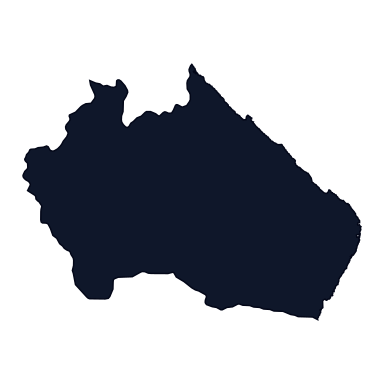 the district of Salvaleón de Higüey, La Altagracia, Dominican Republic
{"feature_id": "3306468B87904766376188", "entity_name": "Salvaleón de Higüey", "entity_type": "district", "adm_level": 2, "iso_a3": "DOM", "parent_name": "Dominican Republic", "parent_adm1": "La Altagracia", "projection": "natural_earth1", "projection_center": [-68.511, 18.662], "detail": "fine", "context": "isolated", "style": "filled", "palette": "ink", "viewbox_px": 384, "rotation_deg": 0, "n_neighbors": 0, "source": "geoboundaries", "source_scale": "gbopen_adm2", "svg_char_len": 5956}
<svg xmlns="http://www.w3.org/2000/svg" viewBox="0 0 384 384"><path d="M27.6,190.6L35.2,195.5L35.8,196.9L36.0,199.0L37.6,200.8L39.0,201.7L41.6,205.6L41.8,206.7L41.1,209.3L40.9,211.6L40.8,219.9L41.2,222.0L42.4,222.9L46.4,223.1L48.1,224.0L50.5,228.6L52.9,235.4L56.8,238.3L59.7,243.7L62.6,246.0L64.3,248.3L67.0,250.1L69.3,251.0L70.2,252.0L71.1,254.6L73.2,257.9L73.7,260.1L73.6,265.5L72.4,270.5L73.4,273.5L75.5,284.6L86.7,296.9L88.2,298.2L89.6,298.7L105.1,298.9L108.3,298.3L109.8,296.5L112.9,289.1L113.1,281.7L113.4,279.6L114.5,278.7L118.2,277.2L132.3,276.7L140.8,272.0L142.4,271.5L145.0,271.7L148.2,273.1L151.2,273.4L168.0,273.5L172.9,272.2L174.0,272.9L176.3,277.0L184.0,281.6L191.8,287.8L195.4,289.9L198.7,290.9L205.6,294.7L206.2,295.7L206.5,296.9L205.4,300.1L205.2,302.2L205.6,303.4L206.6,304.6L212.3,306.7L216.5,307.4L220.9,309.8L222.2,309.8L227.0,307.4L232.5,306.8L237.7,304.1L239.2,303.9L242.7,305.2L249.7,305.5L253.7,307.0L259.6,307.4L263.6,309.0L269.9,309.4L273.9,311.0L283.0,311.3L290.7,314.5L294.9,315.2L298.1,316.6L312.6,317.0L317.7,319.6L317.5,318.4L318.5,316.9L318.6,315.8L319.7,314.9L319.8,313.5L320.6,312.7L320.6,310.8L320.9,310.2L320.1,310.0L320.3,309.7L321.2,309.5L321.4,308.8L322.8,307.7L322.6,301.0L323.4,299.9L324.4,299.3L325.4,299.3L326.1,300.2L326.7,300.2L328.3,299.0L329.4,299.0L330.4,297.7L330.4,297.0L331.2,295.5L332.4,295.7L332.7,295.3L332.3,294.1L332.9,293.0L332.7,292.1L333.0,291.4L334.1,291.5L334.1,289.2L335.0,288.6L335.6,286.3L337.0,284.8L337.9,284.5L338.1,282.8L338.7,281.4L338.9,278.7L339.3,278.5L339.5,277.8L341.2,275.8L341.8,274.3L343.8,272.0L343.9,270.7L345.6,268.7L346.5,268.5L346.8,266.2L348.4,262.9L349.0,262.5L349.0,261.4L349.8,260.7L349.5,260.0L350.5,258.2L351.3,257.6L351.3,257.1L350.5,256.6L351.3,255.8L351.9,256.2L352.2,255.8L352.2,255.5L351.8,255.5L351.9,254.9L353.3,255.1L356.1,250.9L356.2,248.9L356.7,248.2L357.1,245.9L358.2,243.7L358.2,242.4L358.5,241.9L359.1,241.9L359.1,240.8L359.6,240.1L359.4,239.3L358.8,238.8L359.6,237.2L359.4,236.2L359.0,236.2L358.8,237.2L357.9,237.0L357.7,237.3L356.8,237.3L356.5,235.2L357.1,234.6L359.1,234.4L359.3,235.2L359.9,235.5L360.2,233.7L359.9,233.3L359.7,231.5L360.3,231.0L360.8,229.4L360.3,227.5L361.0,226.8L359.6,225.5L359.4,224.8L358.0,225.2L357.6,224.5L357.9,223.0L359.6,222.7L359.6,220.7L358.2,219.0L357.6,217.4L356.2,216.3L355.6,215.0L355.4,213.4L354.7,213.0L354.4,212.1L351.0,208.1L350.8,207.2L350.2,206.9L349.3,204.9L348.8,205.1L348.5,204.3L348.1,204.3L347.9,203.6L346.4,203.6L345.5,203.1L343.3,200.5L341.6,200.7L341.0,200.0L339.9,199.8L338.5,198.2L337.9,198.0L337.6,196.9L336.5,196.2L336.2,195.1L334.9,194.7L334.1,193.8L333.0,193.6L332.4,192.7L331.5,192.7L330.7,191.1L329.6,190.0L328.9,190.0L328.4,191.6L327.2,193.3L325.0,193.3L323.8,192.7L321.0,190.2L320.6,190.2L320.4,189.7L319.8,189.5L319.0,187.7L316.9,186.0L316.1,184.8L314.3,184.0L313.2,182.8L312.1,182.2L311.2,178.1L308.0,173.3L307.4,173.3L305.8,172.1L304.5,171.7L301.5,169.3L300.9,169.5L300.9,168.6L299.7,167.5L298.8,167.4L298.6,167.0L297.4,167.0L297.1,165.9L296.2,165.4L295.6,164.5L295.4,163.4L294.8,163.0L295.3,160.8L294.6,159.7L293.3,158.7L292.3,158.5L291.3,157.2L291.1,156.5L289.3,154.7L289.1,153.9L287.7,153.2L287.1,151.9L286.0,150.9L285.9,150.1L285.1,149.8L284.0,147.6L282.4,145.8L282.1,144.9L281.6,144.5L278.5,144.7L276.4,144.1L275.9,143.4L273.8,142.7L272.5,141.4L270.8,140.9L270.4,139.8L269.0,138.7L268.1,137.1L267.5,137.1L266.1,135.6L265.2,135.4L264.7,134.5L264.2,134.5L264.1,133.8L263.3,133.8L262.4,132.4L260.7,131.1L260.4,130.2L259.6,130.0L259.0,128.7L258.3,128.7L257.2,127.3L256.7,127.3L254.1,123.8L252.9,122.9L253.4,122.0L251.7,121.3L250.9,120.0L250.9,119.1L251.7,118.8L251.7,118.0L250.7,117.7L250.3,117.0L249.5,117.1L249.4,116.4L248.8,116.2L248.3,115.5L247.7,115.3L247.2,115.7L246.3,117.1L246.4,118.6L246.0,118.9L246.0,119.7L243.2,119.9L242.6,118.9L241.8,118.8L241.4,117.9L240.9,117.9L239.5,115.7L237.9,115.0L237.5,114.4L236.0,114.2L235.7,113.5L234.9,113.1L235.1,112.2L234.5,111.3L233.1,110.8L232.9,110.1L232.2,109.9L230.2,107.3L228.3,106.4L228.2,105.0L226.2,102.8L225.3,102.5L223.9,100.5L223.9,99.4L222.4,97.7L221.6,97.6L221.1,96.8L220.5,96.8L220.2,96.5L220.2,95.2L219.1,94.8L218.8,93.7L217.0,92.3L216.8,91.4L215.1,90.1L214.5,88.9L213.2,88.1L212.2,87.2L211.9,86.3L210.7,86.0L209.5,84.5L207.5,84.1L207.2,83.6L205.8,83.1L204.1,80.3L203.8,78.0L203.2,76.9L202.0,76.7L201.5,76.2L200.6,76.0L200.3,75.4L199.5,75.6L199.0,75.1L198.3,75.1L197.7,73.6L196.9,73.4L196.9,72.7L196.4,72.7L196.0,73.6L195.5,73.6L194.6,72.4L193.7,72.4L193.4,71.4L194.0,71.1L195.0,71.6L195.4,72.4L195.8,72.4L196.0,71.4L195.4,70.5L194.9,68.5L193.7,67.5L193.7,66.9L192.9,66.4L192.7,65.5L191.8,64.4L190.6,65.8L189.1,69.4L189.2,71.1L190.2,74.0L190.2,75.7L189.9,77.0L187.5,80.5L187.0,83.1L187.3,89.0L189.6,92.7L190.3,94.7L190.3,99.7L189.4,101.7L186.7,105.6L182.2,107.2L177.6,104.8L176.3,104.7L175.5,105.4L173.4,110.3L171.6,113.1L168.7,113.3L165.7,112.0L164.6,111.9L163.2,112.6L159.5,116.1L158.2,115.8L155.7,113.8L150.5,111.6L146.5,111.6L145.2,112.4L141.3,116.2L137.0,117.9L133.4,121.5L130.9,123.2L129.0,126.5L127.5,127.5L125.7,127.1L123.3,124.7L121.7,122.1L121.3,119.9L121.5,115.9L123.0,111.6L123.3,100.8L126.0,96.4L127.7,92.3L127.4,90.3L124.9,85.7L120.9,81.1L119.0,79.9L117.6,80.0L116.7,80.8L116.4,85.5L116.0,86.6L113.8,87.4L110.9,87.1L107.0,85.5L103.1,86.2L99.9,83.9L95.7,83.1L89.8,80.6L90.6,85.1L94.9,94.6L95.1,96.7L94.7,98.4L91.1,103.3L85.8,103.8L82.5,105.5L80.8,106.8L75.6,112.2L69.5,115.0L69.2,116.1L70.0,118.3L70.0,119.9L69.3,121.3L66.3,124.9L65.6,126.9L65.9,129.1L67.9,132.2L68.1,133.6L66.8,136.8L63.3,141.2L61.8,144.1L60.3,146.2L57.6,148.9L54.3,150.8L52.8,151.2L50.6,150.6L49.6,149.5L48.2,146.8L46.6,146.0L43.3,147.2L38.1,147.7L35.1,149.0L30.8,149.3L29.9,149.8L28.8,152.3L26.6,154.6L25.7,157.5L24.9,158.8L24.8,159.8L25.5,161.1L27.6,163.2L27.8,167.5L27.3,168.9L24.8,171.4L23.3,174.6L23.0,175.8L23.3,177.1L24.3,178.5L25.9,179.9L28.7,181.5L30.3,183.8L30.2,185.3L27.6,190.6Z" fill="#0f172a" stroke="#020617" stroke-width="1.5"/></svg>